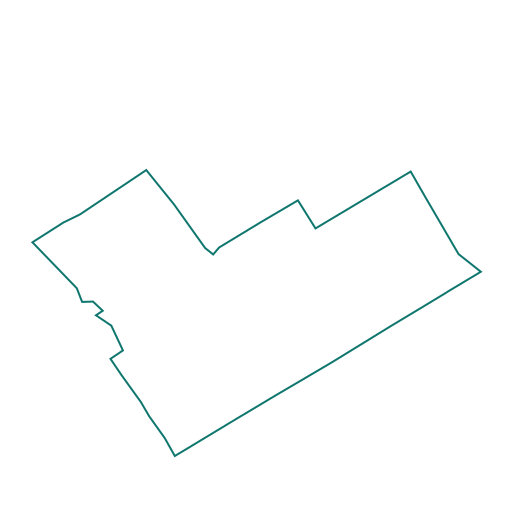 Broome, New York, United States of America (Robinson projection), rotated 329°
{"feature_id": "52423323B9880923188438", "entity_name": "Broome", "entity_type": "district", "adm_level": 2, "iso_a3": "USA", "parent_name": "United States of America", "parent_adm1": "New York", "projection": "robinson", "projection_center": [-75.837, 42.207], "detail": "fine", "context": "isolated", "style": "outline", "palette": "teal", "viewbox_px": 512, "rotation_deg": 329, "n_neighbors": 0, "source": "geoboundaries", "source_scale": "gbopen_adm2", "svg_char_len": 679}
<svg xmlns="http://www.w3.org/2000/svg" viewBox="0 0 512 512"><g transform="rotate(329 256 256)"><path d="M71.4,129.1L85.8,191.4L83.3,205.8L92.8,211.1L96.4,224.0L88.3,224.4L96.1,241.2L93.3,268.4L78.3,269.2L79.4,289.3L82.1,321.8L81.9,338.3L84.0,365.2L83.4,385.6L106.7,385.6L145.7,385.5L147.2,385.5L158.3,385.5L202.8,385.6L252.2,386.1L268.0,386.2L335.0,385.5L364.0,385.5L399.2,385.4L399.5,385.4L402.5,385.3L423.3,385.3L425.5,385.3L440.6,385.3L430.6,358.7L431.5,291.1L432.1,263.3L399.1,263.2L321.2,263.0L320.6,229.9L278.0,229.5L228.8,229.7L220.1,232.6L216.5,223.0L212.3,169.6L206.2,125.8L126.6,129.7L108.2,128.1L71.4,129.1Z" fill="none" stroke="#0f766e" stroke-width="2"/></g></svg>